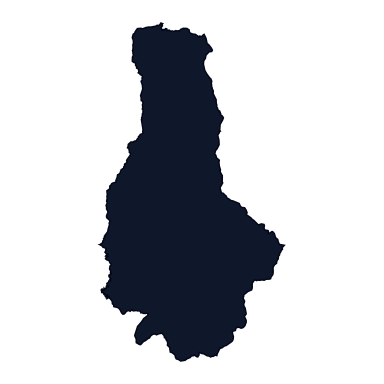 Bo Kluea, Nan, Thailand (Robinson projection)
{"feature_id": "78962969B52276482887751", "entity_name": "Bo Kluea", "entity_type": "district", "adm_level": 2, "iso_a3": "THA", "parent_name": "Thailand", "parent_adm1": "Nan", "projection": "robinson", "projection_center": [101.149, 19.126], "detail": "fine", "context": "isolated", "style": "filled", "palette": "ink", "viewbox_px": 384, "rotation_deg": 0, "n_neighbors": 0, "source": "geoboundaries", "source_scale": "gbopen_adm2", "svg_char_len": 6022}
<svg xmlns="http://www.w3.org/2000/svg" viewBox="0 0 384 384"><path d="M189.1,29.9L186.8,28.4L183.3,28.3L180.5,29.5L179.7,30.8L176.4,30.9L175.9,30.6L173.8,31.4L172.0,30.9L171.0,31.5L169.4,30.2L167.1,30.3L166.7,28.8L165.6,28.6L164.9,29.8L164.3,29.4L163.4,29.6L163.1,30.2L162.4,30.4L161.9,29.8L162.0,29.3L161.1,28.4L161.3,27.2L161.9,26.7L161.8,26.1L162.4,25.8L162.0,24.5L162.7,23.7L160.9,23.0L159.4,25.3L156.8,25.4L156.1,26.1L150.7,27.1L148.8,27.0L146.0,27.5L142.7,28.8L140.8,28.3L137.4,28.6L135.3,31.5L134.8,33.0L133.2,34.3L132.3,37.7L133.2,39.9L133.5,42.6L132.8,45.3L133.1,46.2L132.9,49.4L132.5,50.6L133.0,52.5L132.9,53.5L133.5,54.8L132.5,57.0L132.3,61.2L133.5,62.3L135.6,63.0L135.6,65.3L136.6,66.6L136.6,68.1L138.1,68.8L138.6,70.0L138.9,71.8L138.2,72.8L139.7,73.6L140.2,74.6L142.2,75.5L142.5,76.3L142.0,78.0L142.2,80.1L141.1,81.2L142.4,85.2L142.7,89.1L140.6,95.6L141.1,97.4L141.2,100.6L142.6,101.2L143.0,103.3L142.4,104.8L142.8,107.2L142.3,109.2L143.4,110.9L142.9,111.7L143.1,112.6L142.5,113.5L142.1,116.9L141.6,117.8L141.9,118.9L141.4,119.5L143.0,129.5L142.7,131.6L143.0,133.0L142.3,133.8L140.3,134.4L139.5,135.9L138.5,136.5L138.5,137.8L137.4,138.8L136.2,140.9L134.5,141.1L133.1,142.0L130.9,142.0L128.3,144.3L128.2,145.9L127.5,147.8L129.0,148.7L129.0,150.0L129.4,151.0L129.3,152.3L130.4,153.3L130.4,154.9L126.9,159.8L126.6,160.9L127.1,161.7L126.6,162.9L124.8,163.9L124.5,164.8L124.7,165.7L123.8,166.8L123.7,168.1L121.2,169.7L120.0,173.2L118.8,174.3L117.6,174.8L117.2,177.2L115.9,180.6L116.0,182.1L112.6,183.1L111.6,183.8L110.8,185.3L109.9,185.9L109.7,186.8L109.9,188.1L109.5,189.0L106.9,190.8L107.3,194.7L106.9,196.8L107.2,198.0L106.6,201.3L107.3,202.6L106.1,205.5L106.6,207.2L106.6,209.2L107.5,210.5L108.0,212.3L106.6,215.5L106.5,216.9L106.9,217.9L109.0,219.7L110.0,221.2L109.1,223.2L109.5,224.6L108.3,228.5L107.7,231.7L104.4,236.2L105.0,236.7L103.5,238.7L103.9,239.6L103.6,240.4L102.9,240.8L102.6,242.8L101.0,243.7L100.8,244.4L99.7,244.6L102.6,246.3L102.9,247.2L106.0,248.3L105.7,250.7L105.0,252.3L106.7,254.0L107.8,253.9L107.9,254.7L107.4,255.4L106.2,255.3L105.6,256.1L108.0,256.5L106.8,257.8L106.1,257.6L105.5,258.7L106.6,259.8L107.3,259.7L108.0,260.4L109.2,260.7L109.9,262.8L111.3,264.2L111.1,264.9L110.1,265.9L109.6,268.5L109.7,269.5L110.7,270.8L110.6,271.8L110.9,272.1L110.5,272.8L111.2,273.5L110.9,274.0L110.4,273.9L109.9,275.3L109.2,275.0L108.9,275.5L109.4,275.9L109.0,276.8L110.2,277.6L110.1,278.3L110.6,278.6L109.9,279.5L110.7,280.0L110.6,280.8L108.9,280.9L108.4,282.4L106.9,283.4L107.1,285.3L106.7,285.8L108.0,286.4L106.4,286.9L106.6,287.5L105.9,288.0L106.1,288.7L105.0,289.0L104.2,288.3L104.3,289.4L102.2,289.0L101.6,289.3L101.2,290.1L101.6,290.6L102.9,290.7L101.6,291.6L101.7,292.4L102.4,292.2L102.8,292.8L103.8,292.7L103.8,294.0L104.7,293.9L104.5,294.9L105.7,295.8L106.0,295.4L107.3,294.9L107.3,295.6L105.6,296.7L106.3,297.1L106.4,297.8L107.3,297.3L107.2,298.5L108.2,297.8L108.3,296.3L109.0,296.3L109.5,298.3L110.3,298.7L112.2,301.4L112.4,303.8L113.7,305.0L113.8,306.6L117.5,307.5L118.6,308.1L119.9,309.5L121.6,312.9L122.9,314.2L124.1,314.0L125.7,312.5L125.8,311.7L127.4,310.9L129.0,310.5L130.1,311.3L132.0,309.6L132.5,310.5L133.4,310.9L136.4,310.5L137.3,310.9L139.3,310.8L140.3,311.5L141.0,312.9L141.8,312.6L143.3,313.4L145.7,313.5L146.6,313.1L147.9,313.6L147.8,315.4L143.7,318.6L141.7,321.7L137.6,326.4L134.8,335.2L134.9,336.1L136.2,338.9L136.3,342.7L139.5,344.5L140.7,344.6L143.5,341.5L145.5,340.6L147.8,338.7L149.4,338.0L150.8,335.7L151.9,335.1L152.4,334.3L155.0,334.0L156.6,334.8L158.8,333.8L161.9,333.2L164.1,335.6L164.5,337.7L165.7,338.1L166.2,340.0L167.3,341.3L167.7,343.3L167.4,345.2L169.6,347.4L170.3,352.1L171.5,352.3L174.9,354.8L175.5,357.4L176.3,358.9L178.9,359.7L180.6,361.0L185.0,360.3L187.4,358.6L190.1,357.6L191.6,355.8L193.0,355.9L194.3,355.1L196.9,356.8L197.8,356.9L199.0,355.0L199.1,353.1L199.6,352.4L201.6,353.5L203.5,353.7L207.2,355.8L208.9,356.0L210.7,357.0L212.0,356.3L213.1,356.4L215.3,355.1L216.8,355.6L217.2,353.8L219.9,348.4L222.0,347.8L224.4,346.0L226.4,345.4L232.0,341.4L233.0,339.8L233.4,336.7L232.5,333.5L232.4,331.3L235.4,330.5L235.8,328.4L237.2,327.4L239.1,327.3L241.1,328.2L243.1,327.6L244.9,325.7L246.2,322.1L246.1,320.2L244.7,317.2L244.5,315.9L246.0,314.4L246.1,313.2L245.1,308.1L243.7,305.5L243.8,303.8L244.6,301.3L243.4,298.9L243.1,297.6L243.7,296.6L243.7,295.2L244.2,294.5L247.9,291.5L251.6,289.9L252.2,288.0L252.2,283.3L254.3,280.2L255.0,279.9L256.6,280.6L257.5,280.1L260.0,280.3L261.5,279.9L264.3,280.2L266.2,279.2L269.4,279.1L270.6,278.7L270.9,277.3L272.9,274.4L273.2,271.8L273.0,268.2L273.4,266.6L274.6,264.7L276.5,263.3L276.9,260.7L278.2,259.0L278.5,256.1L279.4,255.1L279.9,253.0L280.9,251.7L280.9,251.0L282.5,249.1L281.9,247.2L282.9,246.9L284.3,245.3L279.4,244.4L278.3,242.0L277.7,239.4L275.5,237.6L274.3,233.5L272.6,231.6L272.0,231.6L269.4,233.2L268.6,233.3L268.2,232.9L268.4,231.3L268.1,230.6L264.8,230.0L264.0,228.2L264.4,225.4L263.9,224.4L261.3,223.9L258.9,224.8L258.1,224.7L254.0,220.6L251.8,219.0L251.0,217.9L246.7,214.9L246.2,214.2L247.1,212.8L246.0,209.9L244.6,207.8L241.6,207.4L240.1,205.8L239.2,203.5L232.9,200.9L231.1,200.6L228.5,198.7L227.3,198.3L225.8,195.6L224.4,194.7L223.5,193.4L221.4,192.9L220.0,187.8L222.7,182.9L222.2,181.7L222.3,175.6L220.2,172.0L220.4,169.7L219.3,166.0L218.9,162.6L219.3,160.2L216.5,157.8L215.8,155.2L214.7,153.9L215.6,150.5L217.0,148.9L219.1,144.7L218.9,140.0L217.7,135.2L219.4,132.5L219.6,131.3L220.3,131.1L219.7,130.1L220.1,124.5L222.6,120.0L223.4,117.8L222.4,116.1L220.8,114.9L220.6,113.6L219.7,111.2L217.9,109.8L217.4,107.8L216.6,106.8L216.8,105.0L216.2,102.9L216.1,99.6L213.1,93.6L213.3,90.9L212.5,89.4L211.5,85.6L211.6,84.3L211.0,83.3L211.7,81.9L211.7,81.2L210.8,78.8L209.6,77.8L206.7,73.8L204.7,70.2L203.4,64.2L203.7,60.9L205.4,58.3L205.9,55.3L209.1,51.8L211.7,51.5L212.4,50.1L211.0,47.6L208.5,44.5L207.1,43.6L206.0,38.3L204.1,34.4L203.2,34.9L201.9,36.5L199.4,36.1L198.9,37.1L198.5,37.1L197.6,35.9L195.2,34.3L192.9,34.1L190.0,33.0L189.3,31.5L189.1,29.9Z" fill="#0f172a" stroke="#020617" stroke-width="1.5"/></svg>